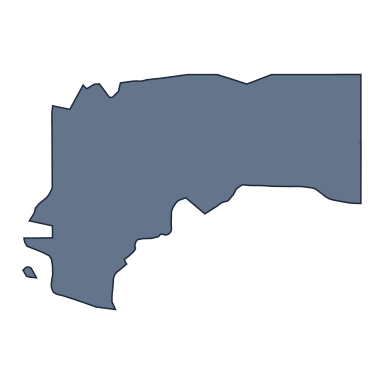 outline of Kitaf wa Al Boqa', Sa`dah, Yemen
{"feature_id": "15242507B97020865976232", "entity_name": "Kitaf wa Al Boqa'", "entity_type": "district", "adm_level": 2, "iso_a3": "YEM", "parent_name": "Yemen", "parent_adm1": "Sa`dah", "projection": "robinson", "projection_center": [44.286, 17.087], "detail": "fine", "context": "isolated", "style": "filled", "palette": "slate", "viewbox_px": 384, "rotation_deg": 0, "n_neighbors": 0, "source": "geoboundaries", "source_scale": "gbopen_adm2", "svg_char_len": 4218}
<svg xmlns="http://www.w3.org/2000/svg" viewBox="0 0 384 384"><path d="M360.9,74.5L355.1,74.5L352.7,74.5L351.8,74.5L341.1,74.5L339.9,74.5L337.2,74.5L332.0,74.6L324.7,74.6L317.1,74.6L309.5,74.6L301.9,74.6L294.3,74.6L290.8,74.6L286.7,74.6L279.1,74.6L271.5,74.6L265.3,77.0L260.1,79.0L253.1,81.7L246.9,84.0L242.0,82.5L237.1,80.9L232.2,79.3L227.2,77.7L222.3,76.2L217.4,74.6L210.0,74.6L203.5,74.6L197.1,74.6L196.4,74.6L195.2,74.6L187.8,74.6L182.5,75.3L176.6,76.1L176.3,76.2L171.1,76.9L168.9,77.2L165.6,77.6L159.8,78.4L157.4,78.6L154.6,78.9L150.5,79.4L146.7,79.8L141.2,81.2L135.9,81.0L132.7,81.2L127.4,81.9L124.7,82.3L120.5,82.9L119.4,87.2L118.4,91.4L115.1,94.7L112.5,97.3L109.4,97.4L106.2,93.0L101.1,86.2L99.4,83.9L94.4,84.2L90.7,86.4L86.6,88.8L83.1,85.1L81.0,89.0L77.5,95.4L74.5,100.8L69.9,109.4L61.2,107.6L57.4,106.8L56.8,106.7L52.7,105.8L52.3,109.6L51.9,113.7L51.9,122.9L52.0,122.9L52.0,124.6L52.0,125.9L52.0,128.4L52.0,131.6L52.1,146.3L52.2,169.0L52.2,176.8L52.3,187.9L49.2,194.3L46.4,197.8L39.1,203.7L35.5,208.1L34.7,211.4L34.2,213.1L29.4,220.9L29.6,220.9L52.4,225.8L52.5,230.9L52.5,231.0L52.5,237.9L51.5,237.9L27.8,238.1L24.0,238.1L24.3,240.3L25.0,242.7L27.0,246.2L42.3,252.2L49.2,255.7L51.5,259.3L52.6,266.6L52.6,272.1L52.7,273.0L52.7,275.2L52.6,275.3L52.5,276.2L52.2,277.5L52.0,278.6L51.9,279.3L51.8,279.7L51.8,280.5L51.6,281.6L51.4,282.9L51.3,283.6L51.3,285.1L51.3,285.9L51.3,286.6L51.7,287.7L52.1,289.1L52.2,290.1L52.9,291.1L53.2,291.7L53.6,292.3L54.2,292.7L55.3,293.4L55.8,293.7L56.5,294.0L58.1,294.6L59.3,294.9L60.3,295.0L61.0,295.2L62.2,295.5L62.3,295.5L62.9,295.7L63.8,296.0L64.6,296.2L65.3,296.5L66.3,296.8L67.6,297.2L68.4,297.5L69.3,297.8L70.4,298.2L70.8,298.3L72.9,298.9L74.1,299.3L75.6,299.8L96.2,307.0L115.4,309.5L114.2,306.7L111.9,301.7L112.0,300.4L112.0,299.8L112.0,299.1L112.0,297.9L112.0,296.7L112.0,295.7L112.2,293.2L112.5,290.7L113.3,281.7L113.4,278.9L113.9,276.7L114.8,274.7L116.5,272.4L120.8,269.0L126.7,264.0L125.9,263.0L125.3,262.2L124.7,260.2L124.4,259.3L128.8,256.1L132.2,253.0L134.1,251.1L135.3,249.0L135.4,248.7L135.4,248.4L135.4,247.8L135.3,247.3L135.3,247.1L135.1,246.9L134.8,246.6L134.7,246.2L134.7,245.8L134.8,245.5L135.6,242.8L136.0,241.4L137.2,240.0L138.5,239.4L139.7,239.2L142.5,238.7L143.3,238.6L148.0,238.5L151.1,238.4L151.4,238.4L151.8,238.3L152.6,238.0L153.3,237.9L154.1,237.7L154.8,237.5L155.5,237.4L156.2,237.3L157.0,237.1L157.8,236.9L158.3,236.7L159.2,235.8L159.8,235.0L160.4,234.4L161.0,234.1L161.8,234.1L162.9,234.4L164.3,234.8L165.8,234.9L166.5,234.8L167.4,234.6L168.1,234.3L168.8,233.9L169.4,233.4L169.9,232.9L170.4,232.1L170.8,231.5L171.1,230.7L171.4,229.8L171.4,228.9L171.4,228.1L171.4,227.3L171.4,226.4L171.3,225.6L171.2,224.8L171.2,224.0L171.2,223.8L171.4,214.9L171.4,213.5L171.4,212.5L171.5,211.6L171.9,210.2L173.0,207.3L175.8,203.1L177.7,201.2L178.8,200.3L185.8,197.8L193.1,203.9L196.5,206.8L204.9,213.9L214.7,207.6L215.7,207.0L217.4,205.8L219.8,204.0L221.0,203.1L221.5,202.8L222.2,202.5L222.9,202.3L224.0,201.9L224.8,201.7L225.5,201.6L226.3,201.4L227.2,201.1L227.8,200.9L228.2,200.6L228.8,199.9L229.4,199.4L230.1,198.3L230.4,197.9L231.0,197.3L231.7,196.5L232.2,195.8L232.6,195.6L233.0,195.1L233.5,194.4L233.9,193.6L234.2,192.8L234.6,192.3L235.6,190.3L236.0,189.7L236.7,188.8L237.5,188.1L238.6,187.3L239.9,186.3L241.4,185.4L242.4,185.0L243.1,184.8L243.6,184.8L244.1,184.8L245.1,185.0L246.4,185.1L247.7,185.3L249.6,185.4L252.3,185.5L254.1,185.5L254.6,185.5L255.0,185.5L257.0,185.5L257.9,185.5L262.3,185.6L263.8,185.7L264.9,185.7L270.5,186.2L280.6,186.4L282.2,186.4L289.5,186.5L292.1,186.5L294.6,186.4L297.2,186.5L300.9,186.5L302.3,186.6L305.2,187.0L308.3,187.4L310.3,187.6L312.3,188.0L313.6,188.3L314.5,188.6L315.6,189.1L316.3,189.6L318.0,190.8L319.8,192.2L322.0,193.8L324.8,196.0L326.1,197.0L328.2,198.2L329.2,198.8L329.9,199.0L331.0,199.3L332.1,199.7L332.5,199.8L334.4,200.2L336.5,200.6L339.5,201.1L340.1,201.3L347.9,202.7L351.6,203.1L354.7,203.3L360.9,203.5L360.9,179.7L361.0,143.4L360.4,142.5L360.9,142.3L360.9,92.7L360.9,74.5ZM25.7,267.6L23.0,270.2L24.9,273.4L26.4,276.1L28.9,277.0L30.2,277.2L31.9,277.3L36.0,277.8L36.5,277.8L31.9,269.4L30.8,267.9L29.6,267.3L28.7,267.1L27.8,267.0L26.5,267.2L25.7,267.6Z" fill="#64748b" stroke="#1e293b" stroke-width="1.5"/></svg>